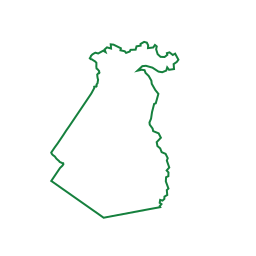 the district of Boise, Idaho, United States of America, rotated 304°
{"feature_id": "52423323B9303056648092", "entity_name": "Boise", "entity_type": "district", "adm_level": 2, "iso_a3": "USA", "parent_name": "United States of America", "parent_adm1": "Idaho", "projection": "mercator", "projection_center": [-115.514, 43.968], "detail": "fine", "context": "isolated", "style": "outline", "palette": "green", "viewbox_px": 256, "rotation_deg": 304, "n_neighbors": 0, "source": "geoboundaries", "source_scale": "gbopen_adm2", "svg_char_len": 1955}
<svg xmlns="http://www.w3.org/2000/svg" viewBox="0 0 256 256"><g transform="rotate(304 128 128)"><path d="M172.2,58.9L171.2,58.3L169.0,57.3L166.9,57.0L165.5,57.4L164.5,57.3L164.2,58.5L164.7,59.6L164.7,61.3L164.8,63.5L164.4,65.3L162.8,66.4L161.2,67.4L159.7,68.7L159.7,70.0L159.0,72.3L158.3,72.7L157.9,73.1L157.8,73.4L157.2,73.4L156.6,72.8L155.1,72.6L153.7,73.7L152.3,75.0L151.3,76.2L149.3,77.1L148.1,77.7L146.5,77.6L145.1,78.6L144.5,78.5L144.1,77.7L143.3,76.9L142.2,77.7L136.0,78.3L127.9,78.3L124.6,78.3L119.3,78.3L110.0,78.3L102.1,78.3L96.3,78.3L91.2,78.2L86.0,78.3L79.3,78.3L75.8,78.3L70.8,78.1L64.7,78.1L64.0,79.2L63.6,80.5L63.5,81.5L63.5,82.7L63.4,83.4L63.1,84.3L62.6,85.5L62.4,86.7L62.2,88.1L62.1,89.2L61.7,90.2L61.8,91.2L62.1,92.4L62.1,93.4L62.5,94.0L61.8,94.7L60.0,94.7L56.9,94.0L51.9,94.0L49.1,94.0L41.2,94.0L40.0,158.0L42.5,160.5L72.6,191.0L80.4,199.0L81.0,198.0L83.6,198.3L83.7,196.1L86.4,194.9L87.1,197.2L89.5,197.8L91.5,196.6L94.4,198.0L98.2,194.9L100.4,195.4L104.9,189.2L108.5,187.1L110.6,188.4L113.8,186.4L114.4,183.8L118.3,184.3L122.7,178.4L125.2,177.8L127.6,173.6L126.8,169.4L129.1,166.1L129.5,162.5L132.3,159.7L138.3,160.7L140.7,156.4L139.5,150.6L141.3,148.7L142.9,144.2L144.6,142.7L148.6,141.9L154.7,139.0L162.6,136.2L164.0,137.2L173.3,134.1L174.7,129.5L177.9,123.0L180.3,120.9L182.7,116.1L183.5,111.7L185.2,109.4L183.9,106.7L180.8,103.8L187.3,105.3L189.6,108.1L191.7,114.5L191.8,121.7L193.4,125.2L197.0,127.6L200.2,126.6L199.2,129.5L202.6,133.2L206.5,130.1L210.0,131.5L212.8,131.6L216.0,125.5L213.6,124.3L213.9,120.1L211.8,118.4L210.6,119.7L207.3,118.6L205.2,115.2L205.8,111.3L209.0,107.3L211.7,106.2L211.9,103.9L208.9,103.9L205.4,99.9L207.8,98.5L209.3,95.9L208.4,93.2L204.7,91.4L203.3,92.4L200.5,89.4L197.2,90.5L194.2,86.4L192.4,86.7L189.2,84.4L189.8,82.4L188.2,78.3L190.1,77.5L189.0,69.4L187.7,66.9L184.4,69.5L183.1,65.5L180.0,64.7L178.4,66.9L178.2,64.2L173.1,61.6L172.2,58.9Z" fill="none" stroke="#15803d" stroke-width="2"/></g></svg>